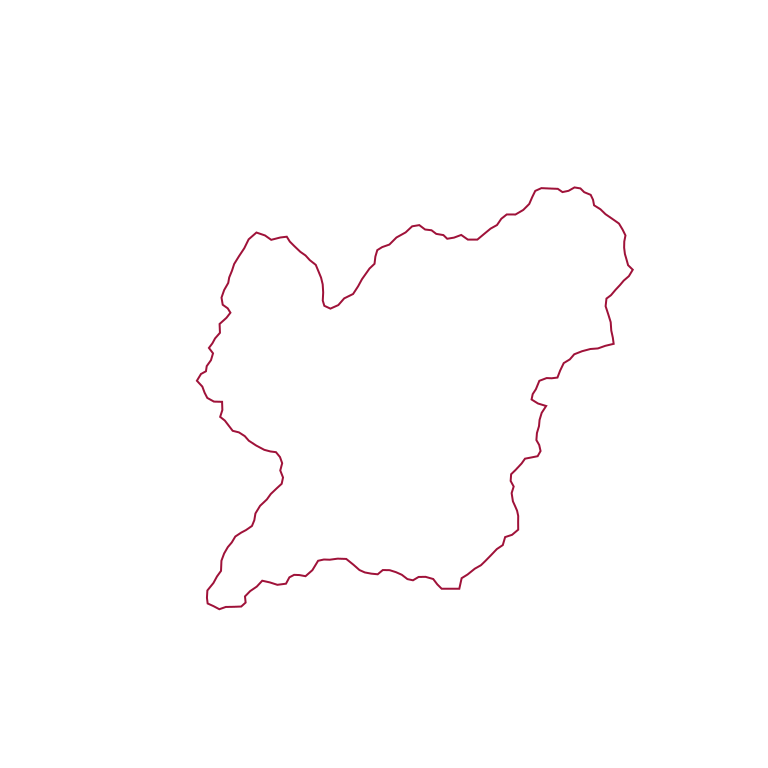 Doutor Pedrinho, Santa Catarina, Brazil, rotated 45°
{"feature_id": "56859067B40062272044728", "entity_name": "Doutor Pedrinho", "entity_type": "district", "adm_level": 2, "iso_a3": "BRA", "parent_name": "Brazil", "parent_adm1": "Santa Catarina", "projection": "orthographic", "projection_center": [-49.556, -26.711], "detail": "fine", "context": "isolated", "style": "outline", "palette": "rose", "viewbox_px": 768, "rotation_deg": 45, "n_neighbors": 0, "source": "geoboundaries", "source_scale": "gbopen_adm2", "svg_char_len": 3093}
<svg xmlns="http://www.w3.org/2000/svg" viewBox="0 0 768 768"><g transform="rotate(45 384 384)"><path d="M514.2,284.9L506.7,288.9L499.3,290.6L496.3,286.0L495.1,280.3L491.6,271.9L494.8,264.8L498.5,261.4L502.1,256.8L499.0,249.8L496.3,242.1L498.0,235.2L497.5,228.5L500.9,220.7L505.2,213.3L510.1,207.6L513.5,200.5L518.0,193.2L513.0,189.4L506.9,185.5L500.6,180.0L493.4,176.2L485.7,172.3L480.9,166.3L481.7,160.6L481.1,153.5L480.9,147.2L480.4,141.4L480.9,134.6L479.1,127.3L472.6,127.4L467.3,124.4L462.4,121.7L457.4,117.8L453.1,113.3L449.7,108.2L443.5,106.1L436.7,104.4L430.3,105.5L420.5,107.3L413.5,107.4L406.2,109.1L401.5,105.9L396.4,104.1L389.9,106.8L384.6,106.8L379.7,110.3L377.9,116.9L374.5,122.1L368.9,123.1L363.6,128.0L356.8,134.2L354.4,140.5L356.6,146.9L359.4,154.0L359.4,162.4L357.1,171.2L350.9,177.3L350.1,184.2L351.5,191.7L349.5,198.7L348.7,207.0L347.9,215.9L341.2,222.6L333.2,224.0L330.0,231.0L326.0,236.6L320.7,236.7L314.8,240.9L308.9,241.7L303.8,245.7L296.6,246.7L292.4,252.6L292.1,261.5L289.2,271.6L289.2,281.6L285.9,288.5L284.6,294.1L287.8,300.0L292.3,305.7L292.1,312.6L293.3,319.5L294.3,325.4L296.6,333.2L298.5,342.2L295.3,351.6L295.9,360.5L292.8,368.6L286.5,370.9L281.7,368.3L276.3,362.3L270.2,356.9L264.3,353.3L257.8,350.6L251.5,348.0L244.0,348.9L237.6,348.6L231.4,349.7L223.2,349.9L216.7,349.9L211.1,348.6L207.1,353.7L202.3,361.8L194.8,363.1L186.7,367.1L186.0,377.4L189.2,386.8L191.1,396.2L193.2,405.1L196.4,411.4L199.2,418.1L202.4,422.7L204.5,430.5L208.0,437.8L213.9,442.0L220.0,441.0L225.0,442.2L225.8,448.6L225.3,457.8L231.8,463.8L232.3,471.2L233.9,476.6L234.7,482.3L241.4,483.2L244.8,489.5L246.0,496.7L249.1,500.9L247.5,506.3L249.4,514.0L257.4,514.3L263.3,517.0L268.9,518.8L276.2,516.7L282.1,511.1L288.1,516.7L291.4,523.1L297.3,522.4L304.0,523.3L310.1,524.1L315.6,520.8L322.4,519.3L328.5,519.7L337.1,517.9L345.9,515.2L351.4,512.0L355.8,508.6L362.1,509.2L368.0,512.0L371.8,518.5L378.7,521.5L382.2,526.9L381.9,533.8L381.7,541.8L382.8,548.5L382.5,557.7L384.6,566.4L388.6,572.0L391.0,577.7L389.7,584.9L388.1,590.1L386.7,597.0L388.4,603.7L388.9,609.8L390.8,616.9L394.0,623.9L400.9,631.4L402.0,638.2L404.1,645.3L405.1,654.9L410.0,660.4L414.5,663.9L420.6,661.6L426.8,659.7L429.8,653.5L435.4,647.7L440.4,642.3L440.7,636.4L435.9,632.5L435.8,625.1L437.3,617.2L437.0,609.2L443.6,605.0L450.6,601.4L455.9,594.5L453.8,587.6L455.4,582.5L459.3,578.9L464.4,575.4L465.0,566.3L462.4,555.6L465.6,550.6L469.9,546.6L474.7,540.3L481.0,534.4L490.2,533.4L498.2,532.9L503.7,530.8L509.1,527.1L514.1,523.0L514.7,516.4L519.7,511.6L525.5,508.6L531.5,506.3L538.5,505.4L543.3,502.3L544.9,496.0L549.7,491.0L556.7,487.1L563.4,488.0L569.5,488.0L582.0,475.5L576.2,466.4L577.8,459.6L578.8,450.4L580.7,443.5L580.8,437.4L580.7,428.6L580.5,421.0L581.9,413.9L577.9,406.6L581.2,400.1L581.9,392.1L576.5,386.8L572.2,382.4L567.7,379.5L562.9,377.6L558.1,375.8L551.4,370.9L548.2,364.8L542.1,363.0L537.7,357.9L537.8,351.8L537.5,342.9L536.5,337.1L540.3,331.5L543.7,326.4L542.1,320.7L536.9,317.4L531.4,315.9L526.8,310.5L523.4,304.2L519.4,299.4L515.9,292.9L514.2,284.9Z" fill="none" stroke="#9f1239" stroke-width="2"/></g></svg>